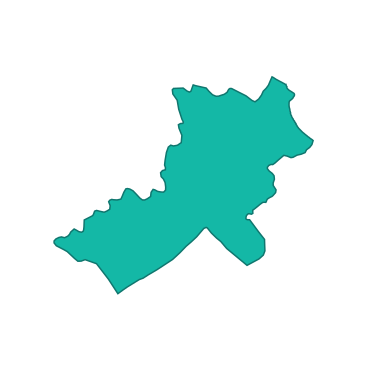 Atlántida, Canelones, Uruguay (Robinson projection), rotated 233°
{"feature_id": "84410073B77727536029585", "entity_name": "Atlántida", "entity_type": "district", "adm_level": 2, "iso_a3": "URY", "parent_name": "Uruguay", "parent_adm1": "Canelones", "projection": "robinson", "projection_center": [-55.769, -34.694], "detail": "fine", "context": "isolated", "style": "filled", "palette": "teal", "viewbox_px": 384, "rotation_deg": 233, "n_neighbors": 0, "source": "geoboundaries", "source_scale": "gbopen_adm2", "svg_char_len": 3772}
<svg xmlns="http://www.w3.org/2000/svg" viewBox="0 0 384 384"><g transform="rotate(233 192 192)"><path d="M160.2,319.7L161.6,319.4L162.5,319.1L163.5,318.7L164.4,318.5L165.3,318.3L166.3,317.9L167.1,317.7L167.5,317.7L168.6,317.4L169.6,317.1L170.5,316.9L171.5,316.7L172.5,316.4L173.5,316.2L174.2,316.1L175.1,316.0L175.9,315.9L176.6,315.8L177.4,315.7L178.1,315.6L178.9,315.5L179.8,315.6L180.4,315.5L180.9,315.5L181.4,315.6L182.0,315.8L182.6,315.8L183.8,315.8L184.0,316.2L185.3,316.2L186.0,316.1L186.6,316.3L186.7,316.5L188.0,316.4L189.1,316.5L189.3,316.7L190.1,316.7L191.3,316.8L192.0,316.9L193.0,317.3L193.4,317.3L194.3,317.5L194.9,317.7L195.4,317.8L195.6,318.2L195.9,318.4L197.3,318.9L197.8,319.1L198.3,319.3L198.9,319.7L199.2,319.9L199.7,320.1L201.0,320.6L201.5,320.9L201.9,321.0L202.4,321.4L202.9,321.7L203.3,322.0L203.7,322.3L204.1,322.6L204.4,322.9L204.8,323.1L205.1,323.5L205.5,323.8L205.8,324.5L206.0,325.0L206.0,325.6L206.0,326.3L206.0,326.8L206.0,327.3L206.1,327.8L206.1,328.2L206.2,328.6L206.3,329.2L206.9,330.2L206.9,330.8L207.1,331.2L207.5,331.7L207.5,331.9L208.0,332.4L208.6,332.7L209.4,332.8L210.5,332.4L212.0,331.9L213.5,331.3L215.1,330.7L217.0,330.4L218.1,330.5L218.7,330.8L219.0,331.2L219.7,331.2L220.2,331.2L220.8,331.5L221.4,331.8L221.6,331.5L222.3,331.1L223.4,330.7L224.8,330.0L225.6,329.7L227.4,328.8L228.1,328.5L229.6,327.8L231.3,327.0L233.5,326.2L234.2,326.0L235.8,325.2L231.3,317.3L230.2,313.7L229.6,309.5L227.6,305.9L226.1,301.2L226.1,296.6L229.0,295.0L236.3,293.0L243.8,289.3L250.8,285.9L251.8,284.7L251.9,283.1L250.5,280.0L250.6,276.6L251.7,273.5L252.5,271.0L254.0,268.8L257.3,266.9L262.4,266.1L266.5,265.9L268.6,264.1L274.7,258.9L276.8,257.4L275.6,255.5L273.2,251.9L273.3,250.1L275.6,248.8L280.3,247.5L285.8,239.6L285.5,237.8L281.8,235.7L274.2,235.4L266.1,231.2L256.3,227.8L253.1,227.2L252.3,226.0L253.6,224.0L253.9,221.6L250.8,220.0L243.3,218.0L237.9,213.1L238.1,208.5L239.9,204.9L242.2,203.2L242.1,200.1L239.0,195.4L233.6,189.7L230.0,186.3L227.5,185.5L225.8,184.1L226.9,181.3L226.3,178.5L222.8,176.6L219.6,177.0L215.7,176.2L211.7,173.9L209.4,172.0L209.0,169.2L210.8,167.1L213.2,164.9L216.1,163.6L217.5,162.5L216.4,159.2L213.3,156.2L213.5,152.3L214.1,149.4L215.5,147.6L218.6,146.7L223.6,146.2L228.4,145.6L231.8,144.1L233.7,142.4L234.3,141.0L232.8,137.4L230.7,133.9L229.1,130.9L230.7,127.4L232.9,124.8L234.4,123.4L234.9,121.3L234.4,119.6L230.3,118.4L227.7,115.9L228.0,112.7L228.7,109.7L232.2,106.7L234.7,104.7L235.3,102.7L233.6,100.1L232.9,98.5L233.3,95.9L234.0,92.0L234.5,89.1L229.0,84.6L227.1,82.8L226.1,81.4L226.4,79.5L228.4,77.8L231.3,76.6L233.4,75.6L233.0,71.0L231.9,68.8L231.5,66.1L232.2,62.7L234.7,60.7L235.8,58.3L236.4,55.0L235.9,52.4L234.3,51.2L230.7,51.3L223.2,54.9L219.5,56.5L209.6,58.2L205.4,59.2L203.5,61.9L202.3,65.9L192.2,72.6L172.7,72.8L155.4,71.6L155.3,77.8L155.1,83.2L153.8,97.2L152.6,101.1L152.2,106.9L151.0,117.5L149.8,135.9L150.8,145.9L152.2,154.7L152.6,161.2L153.4,168.7L155.8,179.5L155.2,182.0L154.0,182.6L147.5,182.8L140.4,183.9L135.1,185.2L126.0,185.7L100.3,191.8L98.2,205.4L98.7,211.0L101.1,214.8L105.7,218.0L110.5,221.4L120.0,221.2L133.4,221.3L135.2,221.3L136.3,219.8L137.4,219.0L138.3,219.0L139.6,220.2L140.4,221.3L140.7,222.8L140.7,224.0L139.7,225.1L138.5,226.1L138.3,227.7L139.6,228.6L140.9,229.5L140.9,232.0L141.0,235.7L141.2,239.1L141.1,242.3L140.2,243.7L139.3,244.7L139.8,245.8L140.5,246.8L141.0,248.1L140.8,250.7L140.3,253.2L140.4,254.5L141.2,258.4L143.1,260.4L148.3,260.8L150.3,262.2L152.6,265.5L155.6,267.3L158.5,267.3L162.2,266.3L165.2,266.2L166.4,267.1L167.0,269.3L166.5,271.6L165.3,273.0L165.2,275.7L165.6,280.2L166.0,287.4L163.4,289.6L159.9,291.7L158.9,293.6L158.2,298.1L156.5,301.9L155.4,306.0L156.8,308.9L156.8,313.0L157.7,316.3L160.2,319.7Z" fill="#14b8a6" stroke="#0f766e" stroke-width="1.5"/></g></svg>